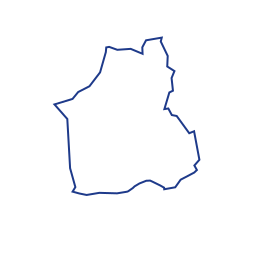 the district of Bogdantsi, Bogdanci, North Macedonia, rotated 51°
{"feature_id": "65306769B60147523647729", "entity_name": "Bogdantsi", "entity_type": "district", "adm_level": 2, "iso_a3": "MKD", "parent_name": "North Macedonia", "parent_adm1": "Bogdanci", "projection": "albers", "projection_center": [22.598, 41.193], "detail": "fine", "context": "isolated", "style": "outline", "palette": "blue", "viewbox_px": 256, "rotation_deg": 51, "n_neighbors": 0, "source": "geoboundaries", "source_scale": "gbopen_adm2", "svg_char_len": 796}
<svg xmlns="http://www.w3.org/2000/svg" viewBox="0 0 256 256"><g transform="rotate(51 128 128)"><path d="M113.0,56.1L104.9,58.8L97.0,51.8L81.4,48.1L79.0,44.9L71.2,58.8L74.3,66.1L79.5,70.0L68.2,76.1L60.5,87.1L53.1,91.6L51.7,94.2L55.1,97.5L67.2,114.7L71.3,131.7L68.7,144.1L70.5,152.8L63.4,170.3L82.8,169.5L122.8,198.3L140.8,206.1L142.6,211.1L148.3,207.0L154.0,202.3L160.4,191.0L163.0,188.0L164.8,185.9L171.9,177.6L176.3,169.9L177.1,168.4L177.3,167.5L177.7,162.1L177.5,159.6L178.3,154.0L180.5,147.0L182.8,143.9L184.8,142.9L193.0,139.1L197.1,137.5L198.4,138.4L203.8,128.6L201.3,119.6L204.3,104.6L204.0,100.9L198.9,100.0L197.6,92.5L172.1,78.7L170.6,83.7L149.3,82.6L145.5,85.8L138.2,84.4L136.2,87.8L126.4,73.5L127.3,69.6L116.6,62.7L113.0,56.1Z" fill="none" stroke="#1e3a8a" stroke-width="2"/></g></svg>